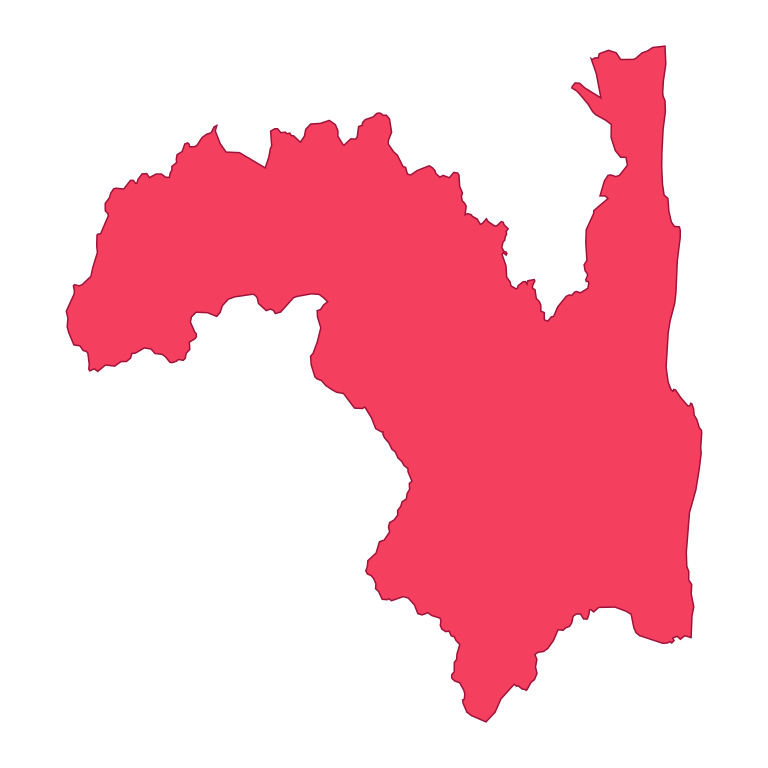 Sambava, Sava, Madagascar
{"feature_id": "10022922B78580830473532", "entity_name": "Sambava", "entity_type": "district", "adm_level": 2, "iso_a3": "MDG", "parent_name": "Madagascar", "parent_adm1": "Sava", "projection": "equal_earth", "projection_center": [49.762, -14.245], "detail": "fine", "context": "isolated", "style": "filled", "palette": "rose", "viewbox_px": 768, "rotation_deg": 0, "n_neighbors": 0, "source": "geoboundaries", "source_scale": "gbopen_adm2", "svg_char_len": 6078}
<svg xmlns="http://www.w3.org/2000/svg" viewBox="0 0 768 768"><path d="M68.8,332.8L73.9,344.9L79.9,345.8L83.1,350.5L86.5,351.5L87.9,353.4L89.2,364.1L88.8,369.2L89.7,370.9L94.3,368.8L97.7,371.4L105.5,365.0L114.7,366.1L121.0,361.6L126.4,361.5L130.5,358.2L131.9,353.4L135.5,353.1L144.3,347.9L151.2,349.1L155.0,353.5L162.0,354.3L165.5,356.8L170.0,362.4L172.2,362.6L176.3,361.3L178.5,359.5L183.3,360.3L185.2,358.4L186.2,353.3L189.8,349.4L189.3,342.2L194.8,338.9L196.4,336.8L196.3,333.8L194.7,332.0L190.4,322.0L191.5,316.8L196.1,312.2L207.5,312.7L216.7,316.4L220.1,312.5L222.3,305.8L228.3,299.2L234.5,296.9L252.1,294.3L253.9,294.5L256.2,296.3L257.3,298.0L258.4,303.4L266.2,310.6L270.4,309.1L273.4,310.4L275.3,313.5L280.6,312.1L293.6,297.6L297.6,296.3L311.6,293.8L319.2,294.4L323.5,297.7L327.6,301.7L323.6,305.0L320.5,309.6L317.2,310.6L317.5,317.0L320.8,327.8L317.3,341.9L313.0,353.5L310.6,356.2L311.2,364.8L314.9,376.8L317.1,378.9L321.5,380.6L325.9,385.6L331.8,389.6L336.6,392.3L343.4,393.4L354.5,408.1L362.4,408.5L364.8,407.0L371.5,417.9L375.7,428.6L381.7,432.0L383.3,431.9L382.8,434.0L384.5,437.8L389.0,443.1L391.9,449.2L395.3,451.9L397.9,457.9L401.9,461.6L403.6,465.0L408.0,468.8L408.0,471.7L411.9,481.1L409.3,483.5L409.6,489.4L407.2,493.4L406.3,499.0L402.2,501.7L400.7,506.4L397.6,510.5L397.8,515.0L394.1,519.9L389.6,522.6L388.5,527.1L389.6,531.9L384.2,540.1L379.5,541.7L376.1,553.0L367.9,560.6L367.3,566.6L365.8,570.8L367.3,573.9L371.1,575.6L373.7,578.6L375.9,583.9L375.6,588.8L378.6,591.5L382.2,599.3L387.1,599.7L388.7,598.7L391.5,600.7L403.4,596.6L408.3,598.1L414.5,605.0L417.9,613.7L422.0,614.9L427.9,612.8L431.9,615.6L439.9,618.1L441.0,620.4L440.3,625.3L441.8,629.1L445.6,631.6L449.1,631.2L451.2,635.8L454.3,636.8L455.9,640.3L459.8,644.5L457.0,653.8L456.6,659.3L454.3,662.5L454.2,671.8L451.9,674.5L451.6,676.9L452.1,678.6L454.8,681.0L459.7,682.8L463.9,690.4L464.8,694.0L464.3,699.1L462.6,700.0L463.1,703.2L466.8,712.1L471.5,715.6L486.0,721.9L495.1,712.2L500.9,699.0L514.1,684.3L516.5,686.2L518.1,685.7L522.3,689.2L524.2,689.1L526.2,690.4L527.2,689.4L530.9,682.5L534.5,679.6L537.0,673.4L535.5,667.0L536.9,659.4L534.9,654.6L538.0,652.3L543.6,651.5L548.0,648.2L553.3,640.8L558.1,629.7L563.1,630.3L565.9,627.7L569.5,626.4L571.8,622.7L573.1,616.3L576.3,614.0L580.6,614.1L583.5,618.9L587.3,619.0L588.9,614.6L589.6,609.8L590.9,609.6L593.6,611.9L598.8,607.4L615.0,607.1L626.2,611.3L631.2,614.4L633.8,627.6L636.1,632.8L639.8,635.7L662.8,643.3L667.6,642.9L670.0,641.7L671.7,643.0L674.1,640.5L672.7,638.5L673.0,637.9L677.1,636.3L680.4,639.3L684.8,635.7L691.1,637.6L692.0,615.6L693.8,607.0L691.2,593.9L691.7,584.5L688.7,579.9L688.8,571.6L686.8,566.4L686.3,552.4L689.5,512.5L695.9,489.7L699.2,469.3L701.2,453.0L700.7,447.8L701.7,432.9L701.4,430.3L699.3,427.7L696.8,419.5L694.1,415.0L693.6,408.9L691.9,404.0L690.7,403.3L689.8,405.8L688.0,406.0L680.7,397.6L675.5,389.9L673.6,389.5L673.4,391.2L672.7,391.3L670.8,389.3L668.1,382.0L666.1,367.0L668.2,332.6L670.1,320.9L674.7,303.4L675.9,292.8L677.3,260.8L680.2,237.6L680.3,230.6L679.4,226.9L674.4,226.4L671.4,222.0L668.9,211.6L667.9,198.4L664.1,195.1L662.5,184.2L661.7,167.1L661.9,153.1L663.1,129.2L665.4,111.7L665.0,100.7L663.1,96.2L662.7,92.4L663.4,80.8L665.8,64.1L665.0,46.1L652.7,47.5L647.6,50.9L642.0,52.9L635.5,58.6L633.3,59.4L620.7,59.5L616.2,52.8L608.5,50.3L599.3,53.7L598.2,57.9L594.8,57.9L592.6,59.5L591.1,58.6L596.3,73.6L600.9,97.9L584.9,88.0L579.6,83.3L575.2,82.9L572.3,86.3L571.8,87.9L576.8,91.0L581.7,96.5L588.1,104.2L592.6,111.6L595.7,114.7L605.8,120.3L611.3,124.5L611.1,137.5L615.3,150.6L620.6,157.2L626.0,157.4L627.4,165.3L619.4,175.4L615.8,176.6L610.6,174.9L608.0,175.4L604.4,180.9L600.0,195.9L605.1,195.9L608.0,198.5L593.8,210.6L593.6,213.6L586.2,229.8L585.8,242.6L586.9,260.4L584.1,264.8L585.1,270.8L587.1,273.3L587.6,275.5L585.7,279.8L586.4,281.5L588.1,281.4L588.8,283.1L587.8,288.3L580.5,292.8L576.3,291.5L574.6,292.1L571.7,295.4L569.2,294.9L566.2,296.4L557.7,306.9L553.7,316.3L551.2,316.9L547.8,321.2L544.3,319.8L544.3,312.6L540.8,311.1L540.8,305.1L539.4,301.7L536.3,298.5L535.0,289.8L532.6,288.3L532.6,285.6L534.8,281.0L534.3,279.6L527.9,280.7L527.0,284.2L525.5,281.6L523.0,281.8L518.2,285.6L517.4,288.1L516.2,288.9L511.0,285.9L510.1,281.9L506.7,277.2L506.0,266.0L502.1,254.4L503.3,252.7L506.1,255.1L506.9,253.6L506.2,252.1L504.0,251.4L501.8,247.6L503.0,242.1L504.7,240.3L505.3,236.6L506.6,234.3L506.2,231.5L508.1,228.7L504.1,224.8L503.2,222.3L501.3,221.6L497.2,225.5L495.1,226.2L488.3,221.7L486.4,218.7L482.6,223.2L480.3,224.4L477.2,219.0L472.4,216.4L471.2,214.7L467.7,213.6L465.1,214.8L466.2,206.2L464.8,203.4L462.3,200.9L461.4,196.5L462.5,193.1L459.7,186.5L459.0,175.2L457.7,173.1L453.8,172.4L449.3,177.7L443.1,175.4L439.8,177.1L435.9,173.6L434.8,170.4L432.6,167.9L429.2,165.8L417.5,170.4L410.6,175.0L407.4,174.0L405.6,167.4L403.0,166.5L397.4,155.2L393.7,151.9L388.3,144.1L388.4,140.4L391.6,132.2L389.5,119.0L386.3,115.2L382.9,115.3L380.9,113.4L378.9,113.0L376.6,113.5L373.3,116.9L365.3,119.6L362.7,122.3L362.1,125.4L358.6,126.5L357.2,136.9L355.5,139.2L350.8,138.8L344.2,145.0L343.2,144.9L337.9,136.2L337.9,130.8L335.4,124.7L329.3,120.4L320.4,123.4L310.7,124.0L305.7,129.4L304.4,136.2L300.3,142.2L293.7,135.9L291.2,135.5L289.8,133.1L287.1,133.7L285.3,132.2L280.8,132.6L277.5,128.7L274.7,128.8L270.6,131.1L271.7,146.1L270.4,148.5L268.8,157.2L265.2,167.9L239.4,152.6L226.1,152.1L220.2,143.6L215.3,131.0L216.8,125.5L214.1,126.9L211.1,132.8L206.9,134.1L202.2,137.4L197.1,145.1L194.8,146.7L189.8,146.8L188.9,143.9L187.7,142.9L184.8,144.0L182.1,151.6L177.1,154.6L176.3,159.0L176.6,162.5L171.9,166.4L171.9,170.0L170.2,173.0L169.4,177.4L165.5,177.2L161.6,174.1L156.0,174.1L149.4,177.6L146.8,173.7L142.1,173.9L138.0,179.4L136.8,183.3L135.5,183.2L133.2,180.3L130.4,180.4L123.8,189.0L115.9,188.2L113.6,188.9L110.8,193.1L109.5,197.6L105.2,203.4L105.3,210.8L107.8,213.6L108.4,215.6L100.6,233.8L97.5,234.3L97.0,235.2L96.7,245.9L97.4,252.5L92.7,267.8L90.9,276.4L81.9,284.9L79.0,285.8L74.5,284.7L73.4,285.8L74.4,290.7L74.2,293.9L66.3,311.2L67.9,318.2L67.2,326.8L68.8,332.8Z" fill="#f43f5e" stroke="#9f1239" stroke-width="1.5"/></svg>